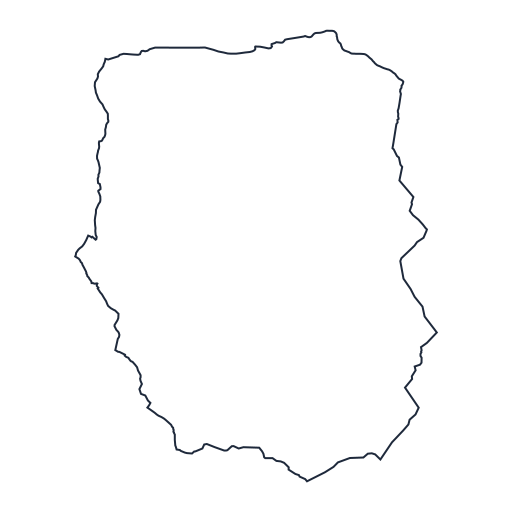 outline of Baia De Aries, Alba, Romania
{"feature_id": "2599482B67435785044540", "entity_name": "Baia De Aries", "entity_type": "district", "adm_level": 2, "iso_a3": "ROU", "parent_name": "Romania", "parent_adm1": "Alba", "projection": "robinson", "projection_center": [23.287, 46.379], "detail": "fine", "context": "isolated", "style": "outline", "palette": "slate", "viewbox_px": 512, "rotation_deg": 0, "n_neighbors": 0, "source": "geoboundaries", "source_scale": "gbopen_adm2", "svg_char_len": 5496}
<svg xmlns="http://www.w3.org/2000/svg" viewBox="0 0 512 512"><path d="M380.4,459.5L392.0,442.3L403.0,430.7L408.4,424.5L409.6,419.7L415.5,414.5L418.7,407.7L405.0,387.6L412.1,379.0L411.8,376.3L415.6,370.3L414.7,366.5L420.0,364.7L421.5,362.7L421.6,357.7L420.5,356.0L420.5,353.9L421.4,352.3L421.1,351.5L421.6,350.3L421.0,347.1L426.9,342.9L436.8,332.5L434.7,329.7L424.6,316.5L422.5,306.6L419.9,303.4L414.6,296.8L412.6,292.9L410.6,289.0L410.4,288.7L404.9,280.7L403.5,278.7L400.3,261.1L401.4,258.2L414.6,245.6L417.0,242.1L423.5,237.8L426.5,230.8L426.9,229.4L425.5,228.0L422.9,224.6L418.4,219.6L413.0,215.2L409.7,210.8L412.0,204.2L411.5,202.5L413.4,197.0L399.4,180.5L402.2,166.9L400.4,164.6L398.9,157.5L397.0,156.0L393.7,149.3L392.5,148.3L392.6,147.4L392.8,146.5L393.5,142.3L396.4,124.1L397.6,122.5L397.4,119.8L398.0,119.4L398.6,118.9L398.5,117.8L398.1,116.7L398.2,115.0L398.3,113.7L397.9,112.3L397.8,110.7L398.6,108.3L399.5,103.0L400.6,95.6L400.9,94.0L400.1,91.4L400.3,90.4L400.3,89.5L400.7,89.0L401.4,87.9L401.6,86.8L401.5,85.8L402.6,84.3L403.0,83.1L403.3,81.8L403.2,81.5L402.4,80.6L400.9,79.7L399.3,78.9L398.7,78.5L397.7,77.3L396.2,75.5L395.5,74.3L394.3,73.3L392.9,72.4L391.7,71.3L389.8,70.1L388.7,69.6L387.4,69.3L385.3,68.6L384.3,68.3L383.5,68.0L381.7,67.2L379.7,66.2L378.5,65.8L377.0,65.1L374.8,63.2L374.1,62.2L373.0,61.2L372.3,60.3L371.6,59.4L369.4,57.6L368.1,56.3L366.4,55.0L365.9,54.7L365.3,54.4L364.3,54.1L363.4,54.0L361.9,53.9L360.0,53.8L358.4,53.8L355.9,53.8L354.6,53.7L353.4,53.7L352.3,53.6L351.4,53.5L350.6,53.1L349.8,52.6L349.0,52.1L347.5,51.6L345.7,50.9L344.7,50.6L344.1,50.3L343.6,49.8L342.7,49.1L342.3,48.5L342.0,47.9L341.7,46.9L341.2,45.9L341.0,45.0L340.7,44.1L340.3,43.4L339.5,42.8L338.7,42.0L338.0,41.0L337.9,40.6L337.7,40.1L337.4,39.7L337.3,39.0L337.2,38.4L337.1,37.5L337.0,36.9L336.7,36.4L336.7,35.6L336.7,34.8L336.5,34.2L336.2,33.3L335.9,32.9L335.4,32.4L335.0,32.0L334.2,31.3L333.2,31.0L332.1,30.8L330.9,30.8L329.1,30.8L327.4,30.7L326.2,30.8L324.9,31.4L323.8,31.8L321.9,32.4L320.0,32.8L317.5,32.9L315.8,33.0L314.6,33.4L313.6,34.2L312.8,35.1L311.7,36.4L310.7,37.0L309.7,37.2L308.4,37.1L307.2,36.8L305.1,36.0L303.8,36.5L301.5,36.9L294.1,38.1L287.1,39.2L285.1,39.7L283.9,41.3L282.6,42.5L281.0,42.7L278.2,42.4L276.3,42.2L275.0,43.0L271.6,44.1L271.5,45.2L272.0,46.5L270.7,48.1L268.5,48.4L264.4,47.5L260.1,46.7L258.0,46.6L255.4,46.5L255.1,46.9L255.3,49.0L254.5,50.2L252.5,51.3L249.8,52.0L245.1,52.5L240.1,53.2L235.9,53.7L231.6,53.7L227.8,53.5L223.6,52.5L218.4,51.5L213.4,49.8L204.9,47.5L197.5,47.7L155.1,47.6L149.7,49.2L147.5,50.8L145.1,51.3L143.2,50.8L141.7,51.0L140.8,52.2L140.0,54.2L138.1,54.8L134.1,54.6L130.1,54.3L126.9,54.0L123.6,53.8L119.6,54.9L118.4,56.3L113.3,57.9L108.2,59.5L105.4,58.8L105.2,60.0L104.7,62.1L104.2,63.1L103.6,64.6L103.2,66.3L101.6,68.5L99.1,71.6L97.8,74.2L98.0,76.5L97.4,78.5L95.0,82.2L94.7,86.0L95.6,90.4L95.9,92.6L97.0,95.2L98.2,98.6L100.0,101.6L102.5,104.4L103.3,106.3L104.2,108.2L104.8,109.4L106.5,111.7L107.8,113.7L107.9,115.7L107.9,119.1L108.3,120.4L108.3,121.8L107.0,123.3L106.2,124.8L105.9,127.1L105.2,129.6L105.4,133.9L105.0,135.6L104.3,137.1L103.3,138.0L102.6,139.4L102.0,140.6L100.9,141.2L99.2,141.4L99.1,141.8L98.9,142.9L99.0,144.8L99.2,146.5L99.0,148.3L98.1,150.6L97.9,152.0L97.5,153.6L97.0,155.9L97.1,158.7L97.9,160.4L98.5,162.1L99.4,166.1L99.8,167.9L99.5,170.8L99.4,172.5L98.4,174.8L98.5,176.5L97.7,178.8L97.8,180.2L98.1,183.1L98.7,183.5L99.8,184.0L100.5,187.3L100.5,189.1L98.3,190.7L98.3,191.6L98.8,192.6L99.4,193.9L100.3,196.5L100.4,199.9L100.1,201.8L98.4,204.4L96.0,209.8L95.9,213.1L95.2,216.9L94.8,220.2L95.1,225.0L95.5,228.0L95.3,231.1L95.7,235.0L96.7,237.0L96.3,239.2L95.6,239.7L94.7,238.9L92.4,236.8L91.5,237.4L90.6,236.6L88.2,235.6L86.2,240.1L84.1,243.9L82.2,246.4L79.6,248.4L78.2,249.8L76.1,252.9L75.8,255.0L75.2,256.5L78.6,258.6L79.6,259.7L80.1,260.5L80.8,262.1L81.8,262.9L82.3,264.1L82.4,264.7L83.4,266.5L84.2,268.0L84.7,269.0L85.9,271.3L86.5,273.1L86.3,273.5L87.2,275.1L87.3,276.1L87.9,276.7L88.8,277.6L89.2,278.5L91.3,281.4L91.6,283.1L93.4,283.2L93.8,283.5L94.9,283.7L96.6,283.4L97.1,283.4L97.4,283.6L96.8,284.7L96.8,285.9L98.4,287.8L97.7,288.5L100.3,292.5L101.9,294.3L104.2,298.2L106.1,301.2L107.1,303.8L108.1,305.9L110.8,308.2L113.6,309.8L115.1,310.5L118.5,313.8L118.3,318.1L117.4,320.4L114.6,324.9L114.5,326.2L116.4,329.9L118.1,331.7L118.7,332.6L119.4,334.9L119.0,337.0L117.8,338.9L115.3,350.1L118.1,351.8L119.4,351.9L125.0,354.7L124.7,355.6L126.2,356.9L128.4,357.8L129.2,359.1L130.5,360.8L131.3,361.4L132.5,361.8L135.1,364.7L137.1,367.3L138.0,370.5L140.6,375.2L140.6,377.2L140.1,378.7L140.5,380.8L141.9,384.0L139.4,389.1L141.0,393.9L145.3,395.5L146.5,397.8L147.9,400.5L150.4,402.9L149.1,405.3L147.4,407.6L154.5,412.6L155.6,413.5L156.6,414.4L158.5,415.7L161.4,417.0L163.9,418.5L165.4,419.7L171.1,424.8L171.6,425.8L172.1,426.8L173.1,427.7L173.3,429.3L173.7,430.0L173.4,431.8L174.0,432.4L174.1,433.3L174.8,434.5L174.8,439.9L175.3,445.5L175.8,446.7L176.6,449.5L179.8,450.0L180.8,450.9L184.9,452.6L186.9,453.1L192.0,453.5L194.2,451.5L195.4,451.4L202.4,448.5L204.2,444.5L206.8,444.0L214.6,447.1L224.1,450.5L226.2,450.5L227.4,450.2L231.8,446.2L233.6,446.1L238.7,448.5L243.4,447.2L259.2,447.7L262.0,451.2L263.4,453.7L264.2,457.3L265.2,458.1L272.5,458.1L276.4,460.9L280.7,461.4L284.1,462.8L288.7,467.3L288.6,469.6L295.4,474.0L298.9,475.1L299.6,476.6L305.2,479.1L307.0,481.3L324.9,472.3L333.5,466.9L337.9,462.4L349.9,458.0L363.4,457.5L367.8,453.7L371.8,453.3L375.2,454.4L380.4,459.5Z" fill="none" stroke="#1e293b" stroke-width="2"/></svg>